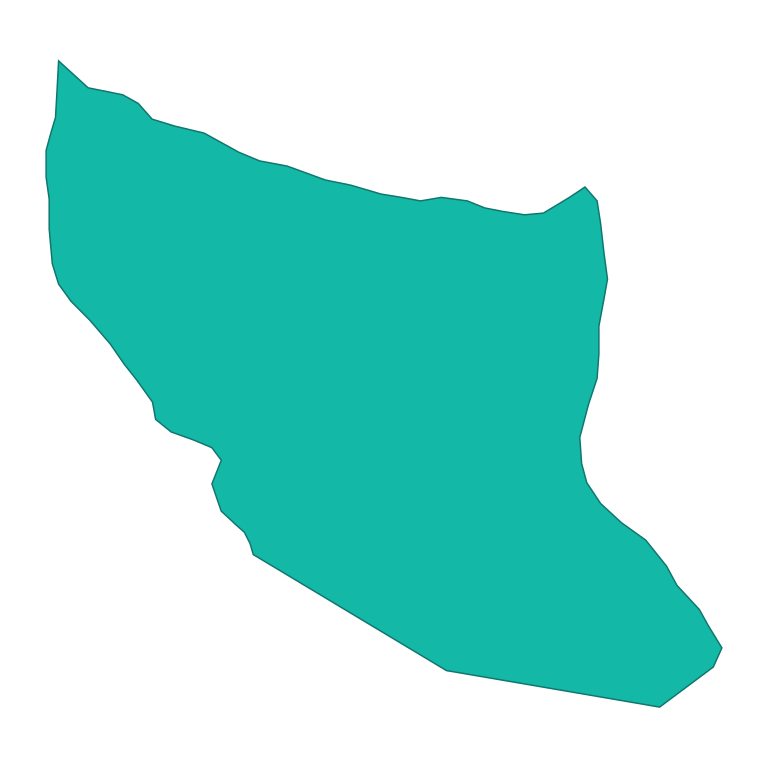 Lapithos, Cyprus (Albers equal-area conic projection)
{"feature_id": "46923920B16403791533064", "entity_name": "Lapithos", "entity_type": "district", "adm_level": 2, "iso_a3": "CYP", "parent_name": "Cyprus", "parent_adm1": "", "projection": "albers", "projection_center": [33.164, 35.337], "detail": "fine", "context": "isolated", "style": "filled", "palette": "teal", "viewbox_px": 768, "rotation_deg": 0, "n_neighbors": 0, "source": "geoboundaries", "source_scale": "gbopen_adm2", "svg_char_len": 991}
<svg xmlns="http://www.w3.org/2000/svg" viewBox="0 0 768 768"><path d="M211.9,483.9L221.2,511.1L235.6,524.5L244.4,532.3L250.0,543.4L253.3,554.6L446.5,670.6L659.6,707.1L713.3,667.0L721.9,647.9L708.1,625.3L699.4,609.6L676.9,585.3L666.5,566.1L645.7,540.1L621.4,522.7L600.6,503.5L586.8,482.7L581.6,463.5L579.8,437.4L588.5,404.4L597.1,378.3L598.9,353.9L598.9,326.1L604.1,298.3L607.5,279.1L604.0,253.1L600.6,223.5L597.1,200.9L585.0,187.0L569.4,197.4L543.4,213.1L524.4,214.8L501.9,211.3L484.6,207.9L467.3,200.9L441.3,197.4L420.5,200.9L401.5,197.4L380.7,194.0L351.3,185.3L325.3,180.0L287.2,166.1L259.5,160.9L238.7,152.2L204.1,133.1L174.7,126.1L152.2,119.2L138.3,103.5L122.7,94.8L88.1,87.8L58.6,60.9L57.1,89.2L55.5,117.5L50.8,133.2L46.1,150.5L46.1,177.2L49.2,199.3L49.2,229.1L52.3,263.7L58.6,284.1L71.1,301.4L89.9,320.3L110.2,343.9L124.3,364.3L136.8,380.1L152.5,402.1L155.6,419.4L171.2,432.0L193.1,439.8L211.9,447.7L221.3,460.3L211.9,483.9Z" fill="#14b8a6" stroke="#0f766e" stroke-width="1.5"/></svg>